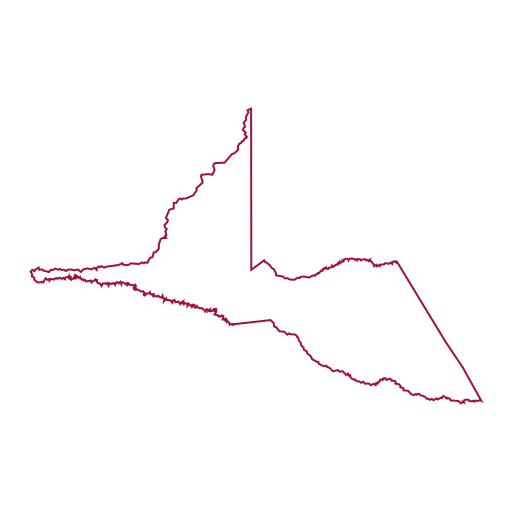 outline of Tahuamanu, Madre de Dios, Peru
{"feature_id": "86281439B15199345066694", "entity_name": "Tahuamanu", "entity_type": "district", "adm_level": 2, "iso_a3": "PER", "parent_name": "Peru", "parent_adm1": "Madre de Dios", "projection": "albers", "projection_center": [-70.382, -10.903], "detail": "fine", "context": "isolated", "style": "outline", "palette": "rose", "viewbox_px": 512, "rotation_deg": 0, "n_neighbors": 0, "source": "geoboundaries", "source_scale": "gbopen_adm2", "svg_char_len": 6009}
<svg xmlns="http://www.w3.org/2000/svg" viewBox="0 0 512 512"><path d="M31.8,276.3L34.3,277.8L34.3,279.7L37.3,282.4L41.1,282.3L41.7,281.7L43.2,282.4L45.7,278.2L47.3,279.8L49.1,279.2L49.4,280.6L50.5,279.0L54.2,279.5L54.8,278.5L56.8,278.1L57.1,278.7L59.3,278.1L59.3,279.1L59.8,277.8L62.2,278.8L63.1,277.8L65.0,279.1L65.1,277.8L67.5,276.9L68.4,277.5L69.0,276.1L69.2,277.4L70.0,276.5L70.8,276.9L70.2,278.8L71.3,279.0L70.5,279.4L71.1,279.8L72.0,278.8L74.2,278.6L74.2,277.4L76.1,277.9L76.4,277.0L74.9,275.8L75.1,275.0L77.1,276.3L77.0,277.1L77.6,276.4L78.8,277.8L80.0,277.0L80.4,278.6L81.5,278.7L82.0,279.7L83.4,279.4L83.8,280.5L85.3,280.1L86.1,281.4L91.0,280.6L91.5,282.5L95.5,279.4L95.7,280.4L97.1,280.2L96.8,281.8L97.7,282.9L99.8,283.4L100.6,284.7L101.6,284.4L101.7,285.5L102.9,283.5L105.5,283.3L106.4,284.2L107.6,282.8L108.6,283.7L108.7,285.2L109.7,283.3L111.5,284.0L113.6,283.0L115.2,284.9L115.8,282.9L117.2,282.0L118.8,283.4L120.5,281.7L121.4,284.3L121.9,282.5L123.0,282.3L127.4,285.3L127.9,284.6L127.1,283.1L128.0,282.9L130.5,285.2L132.7,285.0L134.0,285.8L135.0,284.7L135.9,286.0L134.6,286.6L134.8,288.0L133.7,288.0L133.8,288.9L134.7,288.9L135.4,287.6L136.2,288.6L135.7,289.9L138.2,289.6L141.3,291.7L143.2,291.2L144.5,293.1L143.6,294.5L144.5,295.5L145.3,295.0L144.4,294.2L144.9,293.5L148.4,293.5L150.0,292.1L150.6,294.4L153.6,294.1L152.9,295.8L153.5,296.5L154.9,295.7L156.9,296.6L158.1,295.6L160.3,297.5L161.6,297.3L162.5,295.7L162.9,297.9L164.4,298.5L164.0,301.2L166.2,298.5L166.5,299.9L170.3,300.3L172.3,302.7L172.7,300.6L174.5,299.9L175.3,302.3L178.4,301.5L180.2,304.1L181.3,302.2L183.0,301.3L182.3,303.0L183.7,304.3L184.3,302.7L185.7,303.6L187.5,303.5L187.5,305.8L188.9,303.9L190.3,305.6L192.3,304.9L192.0,307.0L193.0,306.6L193.3,304.7L194.5,305.0L195.0,307.6L196.1,307.5L196.9,306.1L197.5,307.2L199.9,308.3L202.1,308.1L202.7,309.3L204.6,309.8L205.2,311.4L206.7,309.2L207.8,309.6L207.8,311.3L210.1,309.4L209.6,311.9L210.7,310.4L211.8,311.1L213.0,310.2L214.2,310.9L214.0,309.0L216.1,308.9L216.3,311.6L214.5,314.5L217.8,315.3L218.7,316.5L219.6,316.0L220.7,316.6L221.8,315.4L223.4,316.1L222.6,319.5L224.6,319.6L226.1,321.4L226.1,319.7L225.1,318.8L226.0,318.6L227.6,321.5L228.9,322.2L229.6,324.7L231.3,324.0L232.5,324.6L232.2,323.3L233.0,324.3L270.5,320.1L273.7,323.1L274.0,326.4L276.3,327.4L279.4,331.3L284.4,331.8L287.2,334.6L289.4,333.4L291.2,334.4L294.6,334.4L296.7,335.7L297.0,337.0L298.2,337.6L298.9,340.7L300.7,342.7L301.3,345.6L303.5,347.4L303.7,349.6L306.8,351.5L307.2,353.4L310.4,355.8L312.3,359.3L317.1,361.9L318.3,361.8L318.7,363.5L321.0,365.1L324.6,366.3L326.4,365.6L327.2,367.1L329.4,367.7L332.9,371.3L337.9,370.1L339.5,371.7L342.7,371.2L346.1,374.9L348.0,373.7L348.3,375.5L350.1,375.2L350.0,376.4L351.5,378.4L354.1,379.8L355.0,379.4L356.7,381.2L359.5,381.5L361.2,382.8L363.3,381.7L364.8,383.6L369.0,383.6L371.0,385.2L373.7,383.7L375.7,385.1L376.3,382.9L377.8,383.5L378.2,381.9L379.7,381.5L380.0,379.9L382.3,379.2L382.6,379.9L383.9,379.0L383.8,378.3L385.5,378.3L386.6,380.0L389.5,378.6L391.5,379.6L391.5,380.6L394.9,381.0L395.8,382.4L395.4,383.6L399.1,384.3L400.7,386.3L400.4,387.2L403.4,388.2L403.4,390.3L407.9,390.7L411.8,394.6L414.0,395.1L415.5,394.0L416.5,394.7L417.7,393.8L419.2,393.9L419.8,394.9L424.7,396.6L427.2,399.0L428.1,398.6L430.1,399.8L431.8,398.8L433.6,400.2L436.5,398.4L437.7,399.4L441.0,397.7L441.8,398.2L442.9,396.2L444.1,396.2L446.7,398.6L447.3,397.7L450.1,399.0L450.5,400.4L458.4,401.0L460.9,403.3L462.5,401.9L463.5,402.3L463.1,401.7L463.7,401.8L464.3,400.1L465.7,399.7L468.7,399.8L469.3,400.9L471.5,401.4L473.4,400.7L474.5,401.7L475.4,400.6L478.0,401.0L479.7,400.0L481.3,400.8L462.8,367.5L445.4,341.5L396.8,261.5L395.2,261.4L395.9,262.4L393.9,261.5L392.2,262.1L392.1,263.8L390.7,262.7L388.8,263.8L385.3,263.1L384.0,264.4L380.8,264.6L379.9,265.9L379.4,264.9L377.1,266.4L376.4,264.8L374.2,266.2L374.0,264.9L371.1,261.2L369.2,261.2L369.7,259.8L368.4,260.6L367.1,259.8L366.3,260.4L365.4,259.3L363.9,259.2L361.0,260.3L360.9,259.6L358.3,259.0L357.3,260.4L356.7,259.3L355.2,259.9L354.5,259.0L351.3,258.4L349.1,259.1L348.5,260.3L348.1,259.1L346.8,258.7L343.9,259.6L343.7,260.8L342.8,260.6L343.3,261.3L341.0,262.5L339.9,261.6L339.6,263.4L338.2,262.7L337.6,264.8L336.3,264.4L333.5,266.6L332.2,265.6L332.2,266.9L328.5,268.0L328.3,268.9L326.2,268.6L326.0,267.6L325.4,268.3L324.4,267.9L324.1,269.2L322.7,269.3L322.3,270.9L321.1,270.6L319.2,272.9L317.9,273.0L317.7,274.0L315.5,274.5L315.2,275.7L312.7,275.5L309.4,277.5L303.5,276.5L300.3,277.1L299.3,278.2L297.7,277.8L294.1,279.8L289.4,279.4L287.7,278.2L284.9,278.4L283.2,276.6L276.0,275.3L276.0,273.5L274.0,269.3L271.7,267.9L269.8,265.2L266.6,262.6L265.1,262.2L264.2,260.3L251.3,269.8L251.1,108.7L247.5,110.2L248.4,112.3L245.9,117.0L246.2,119.8L243.6,122.6L245.1,126.7L243.8,127.6L242.9,130.1L245.8,132.5L244.6,134.1L246.8,136.6L245.6,137.6L246.1,138.1L244.5,138.9L243.1,141.0L241.7,141.4L241.3,142.9L239.3,143.7L237.9,146.3L238.1,149.8L234.2,153.3L231.9,154.1L224.5,162.7L215.6,163.0L213.6,164.3L213.3,166.3L214.6,169.8L212.4,174.7L208.1,174.1L201.4,174.8L201.0,176.3L202.7,182.5L196.2,188.4L196.8,190.1L193.4,195.2L185.9,198.5L182.9,198.6L181.7,199.5L180.5,198.6L178.8,199.0L176.3,202.8L173.8,202.9L173.7,208.3L169.3,209.8L165.9,218.0L168.0,220.2L167.0,222.5L164.5,224.9L165.0,227.4L166.7,229.1L165.4,231.4L166.3,235.6L164.8,236.3L165.9,238.0L162.6,238.0L160.6,239.2L158.9,244.0L158.7,248.9L155.6,252.2L153.7,252.5L152.5,257.0L149.8,258.0L147.3,262.8L145.1,262.4L144.0,263.3L141.8,262.4L139.1,264.0L130.7,263.4L128.8,264.8L125.7,265.2L123.0,264.6L122.4,263.2L118.6,265.0L105.6,266.8L104.2,267.7L101.5,266.1L99.7,267.2L98.6,266.4L96.9,268.0L96.6,269.8L94.7,267.8L91.6,269.3L87.5,268.4L83.5,269.3L80.8,271.9L78.2,269.6L73.9,270.2L71.4,269.5L67.5,269.7L67.1,270.6L65.4,270.9L64.5,269.9L61.0,269.8L60.0,268.9L58.6,269.7L55.2,268.6L52.5,270.1L50.6,269.9L49.1,272.0L43.7,270.7L42.0,269.4L39.2,269.8L38.7,267.6L35.3,269.6L34.5,271.2L32.4,269.8L31.7,270.4L30.7,271.7L32.2,274.4L31.8,276.3Z" fill="none" stroke="#9f1239" stroke-width="2"/></svg>